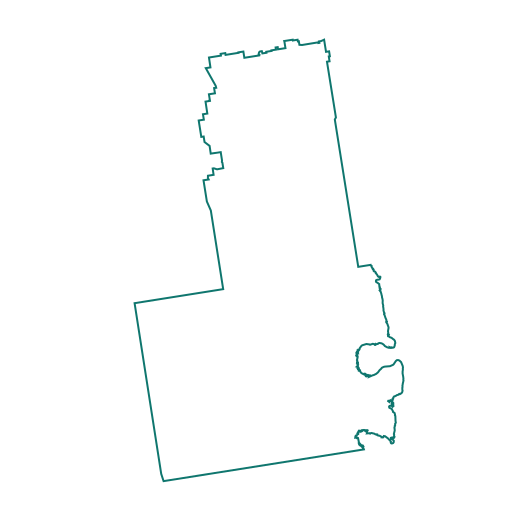 Mount Marshall, Western Australia, Australia (Natural Earth projection), rotated 171°
{"feature_id": "25037944B9675874244357", "entity_name": "Mount Marshall", "entity_type": "district", "adm_level": 2, "iso_a3": "AUS", "parent_name": "Australia", "parent_adm1": "Western Australia", "projection": "natural_earth1", "projection_center": [117.638, -30.294], "detail": "fine", "context": "isolated", "style": "outline", "palette": "teal", "viewbox_px": 512, "rotation_deg": 171, "n_neighbors": 0, "source": "geoboundaries", "source_scale": "gbopen_adm2", "svg_char_len": 6017}
<svg xmlns="http://www.w3.org/2000/svg" viewBox="0 0 512 512"><g transform="rotate(171 256 256)"><path d="M144.2,229.3L156.7,229.3L156.8,378.5L155.4,380.3L155.5,436.8L152.9,436.8L152.9,441.7L151.8,441.7L151.8,446.7L154.9,446.7L154.9,459.0L158.1,458.1L160.2,458.1L160.1,456.6L161.1,456.6L161.1,457.3L177.5,457.2L180.1,457.8L180.1,461.4L181.1,461.4L181.1,463.1L185.9,463.1L185.9,463.9L194.5,463.9L194.4,463.3L194.4,456.7L201.9,456.7L201.9,458.9L204.0,458.9L204.0,456.7L208.6,456.7L208.6,456.1L213.9,456.1L213.9,455.1L218.0,455.1L218.2,457.4L220.0,457.4L221.0,456.8L221.5,455.8L221.9,454.7L221.1,454.2L221.3,453.6L236.5,453.6L236.5,459.9L241.5,459.9L241.5,459.4L254.6,459.4L254.6,461.2L259.3,461.2L259.3,459.4L271.4,459.4L271.5,449.4L276.2,449.4L269.2,430.4L269.0,428.4L271.1,428.4L271.1,423.1L277.2,423.1L277.2,416.4L278.3,416.4L278.5,416.6L278.8,416.4L281.7,416.4L281.8,404.3L286.2,404.3L286.2,398.8L291.4,398.8L291.4,382.2L289.0,382.2L289.0,376.6L284.6,372.0L284.7,364.2L274.6,364.1L274.6,355.6L274.9,354.7L275.0,354.1L274.6,353.5L274.6,347.9L280.9,347.7L283.9,349.2L285.1,349.2L285.2,342.8L290.9,342.8L291.3,340.6L290.8,339.0L296.0,339.0L296.0,317.5L293.5,308.0L293.6,228.4L383.3,228.4L383.7,55.6L382.5,48.1L179.7,48.1L179.9,49.1L180.4,49.3L180.5,50.4L179.7,51.0L180.1,52.1L180.8,52.4L181.4,51.2L181.9,51.9L182.7,52.5L183.6,53.6L183.7,54.4L182.5,54.0L183.5,55.6L183.7,60.3L184.4,60.8L185.0,60.4L185.6,61.0L186.4,61.0L186.0,62.4L185.4,63.0L184.9,62.9L183.6,63.9L182.9,64.1L182.7,64.9L183.4,65.2L181.7,67.4L180.4,67.1L180.7,66.8L181.3,66.6L181.0,66.3L180.1,66.0L178.7,66.4L179.0,66.9L178.7,67.4L176.5,67.3L175.2,66.8L173.1,66.5L173.0,66.2L173.5,65.7L174.3,65.7L174.9,65.5L174.2,64.9L173.9,64.3L173.8,63.8L174.1,63.4L171.5,63.2L171.1,62.7L170.3,63.1L169.4,63.1L168.9,62.8L166.9,62.0L166.0,61.2L165.4,60.9L164.5,61.0L164.1,60.8L164.1,60.6L164.5,60.4L164.3,60.1L163.5,59.6L162.0,59.1L160.0,57.6L160.2,57.2L159.0,56.9L158.4,57.3L157.9,58.2L156.7,57.8L154.1,55.1L151.4,51.1L151.9,51.4L152.1,51.1L152.0,50.2L151.6,49.7L150.8,49.6L149.8,49.8L149.1,50.6L148.8,52.0L149.8,53.6L151.4,54.2L151.2,54.7L151.2,55.3L149.8,55.5L148.6,54.7L148.0,54.9L147.7,55.3L147.5,55.9L147.9,56.3L147.5,57.9L147.7,58.6L146.3,61.9L146.1,63.9L146.2,64.6L145.5,66.1L145.6,66.4L145.0,67.1L144.9,68.4L144.0,69.5L144.0,71.3L143.4,76.2L143.7,76.9L143.5,77.7L143.7,79.3L145.1,80.6L145.0,81.2L145.9,83.8L148.0,85.2L148.2,86.2L147.6,87.0L146.4,87.1L145.0,86.5L144.7,85.7L143.7,86.3L143.8,87.0L143.4,89.4L143.7,89.8L144.1,89.7L144.1,88.6L144.6,87.9L145.1,88.6L145.1,89.3L144.3,90.4L144.6,91.2L146.8,91.7L147.2,91.4L147.3,91.1L148.2,92.0L148.0,92.3L146.8,92.2L145.7,92.5L145.5,92.1L144.4,91.9L143.8,91.9L143.5,92.5L143.8,92.8L143.7,93.3L142.8,93.7L142.6,94.7L141.5,95.7L140.7,95.7L140.4,95.9L139.5,96.1L138.5,96.6L137.1,96.7L136.1,97.4L135.6,97.0L134.7,97.3L133.1,98.3L132.3,100.0L132.4,100.6L132.3,101.6L132.1,103.0L131.8,103.6L131.6,105.3L131.3,105.8L131.1,106.7L129.8,109.9L129.9,110.6L129.6,111.7L129.5,113.7L129.6,117.1L129.4,117.9L129.4,118.5L128.7,120.8L128.6,121.9L128.3,122.8L128.3,124.4L129.3,128.5L130.7,130.3L131.9,131.0L133.1,131.1L134.3,130.4L137.0,127.5L137.6,127.1L140.9,126.2L146.0,126.6L147.3,126.5L149.2,125.9L150.2,124.9L151.7,124.0L153.7,122.0L155.7,120.8L158.3,120.0L159.5,119.9L162.6,119.1L161.8,120.1L162.0,120.3L163.0,120.4L164.1,121.1L164.8,121.0L165.0,120.9L163.6,119.8L164.2,119.6L164.6,119.2L164.4,119.7L166.0,119.8L166.4,120.2L166.3,121.5L166.0,121.9L166.3,122.5L167.3,122.8L167.5,122.4L167.4,121.8L169.6,123.4L170.5,124.3L171.1,125.7L171.4,125.8L171.8,125.5L171.4,126.2L172.4,126.6L172.3,127.1L171.6,127.4L172.1,128.0L172.7,127.8L173.0,128.1L172.9,128.5L172.5,128.5L172.0,128.7L172.0,129.1L172.7,129.5L172.9,129.0L173.3,129.2L173.4,129.5L173.3,129.8L172.5,130.4L172.7,130.9L173.5,131.1L172.5,131.8L172.7,132.4L172.2,133.0L172.8,133.6L172.1,134.0L172.0,134.5L173.7,135.2L172.6,135.2L172.4,135.4L172.2,136.1L172.6,137.4L172.3,137.8L172.3,138.2L171.6,139.5L171.9,139.2L171.9,139.5L171.3,140.4L171.7,141.3L172.0,141.5L172.3,141.5L172.3,141.8L172.5,141.9L172.6,142.2L172.4,142.4L172.2,141.9L171.6,142.0L171.4,142.1L171.4,143.1L172.0,144.0L172.0,144.7L171.5,145.0L171.5,144.4L171.2,144.3L171.3,144.5L170.9,145.3L171.1,145.7L170.9,145.8L170.7,145.2L170.9,144.8L170.5,144.2L170.3,144.3L170.4,145.1L169.8,146.4L170.3,146.6L170.6,146.3L170.4,147.1L170.2,147.1L169.9,147.4L169.0,146.9L168.3,147.7L168.2,148.4L167.8,148.9L166.1,150.6L165.1,151.2L160.7,151.8L157.4,150.8L157.2,150.5L154.4,151.0L152.5,150.3L152.8,150.2L152.7,149.8L152.4,149.5L151.9,149.5L151.4,150.3L151.2,150.1L149.4,150.1L148.9,150.6L147.7,150.8L145.9,150.2L144.9,149.6L143.7,148.4L142.8,146.9L140.6,145.2L137.8,144.2L137.5,144.3L137.6,144.6L137.3,144.4L137.0,144.6L136.8,144.5L137.3,144.2L136.3,144.0L136.0,144.1L136.0,144.3L136.7,144.6L136.3,144.6L135.2,144.0L134.3,144.1L133.8,144.4L133.0,145.8L132.7,147.1L132.0,148.3L132.1,150.3L132.7,151.7L133.7,152.6L134.9,154.0L136.6,154.9L137.2,155.6L137.3,156.0L137.6,155.9L138.1,156.1L138.1,156.7L137.8,157.1L136.4,158.2L138.0,157.6L138.1,157.9L137.4,159.4L137.4,161.1L136.3,164.3L136.3,165.4L136.7,167.1L136.7,167.9L137.4,169.5L137.1,170.3L137.7,170.3L137.8,170.5L137.3,171.2L137.3,172.9L137.8,174.6L138.1,176.6L138.3,177.5L138.4,178.3L138.2,178.8L138.5,178.8L138.3,179.8L138.6,182.2L138.4,183.2L138.4,183.8L138.3,184.7L138.4,186.0L138.1,187.1L138.3,189.7L137.8,192.3L137.8,193.8L138.0,195.4L137.9,196.7L138.1,198.1L138.1,198.9L138.6,202.2L138.9,202.5L138.6,202.6L138.6,203.2L138.2,203.7L138.4,203.8L138.5,204.8L138.9,204.2L138.9,207.0L138.7,209.0L140.4,210.8L141.1,211.2L141.4,211.6L141.5,212.3L141.3,213.0L141.0,213.4L139.9,213.6L138.6,213.5L137.6,213.6L137.0,214.3L136.4,215.8L136.5,216.0L137.2,215.8L137.5,216.0L137.6,216.4L138.2,216.5L139.1,215.9L138.6,216.3L139.4,218.8L140.4,220.3L140.2,220.7L140.7,221.8L141.7,222.3L142.1,222.8L141.9,223.7L142.2,223.9L142.2,224.3L142.5,224.3L142.8,223.9L142.5,225.3L142.9,225.5L143.5,227.1L143.3,228.0L144.2,228.7L144.2,229.3Z" fill="none" stroke="#0f766e" stroke-width="2"/></g></svg>